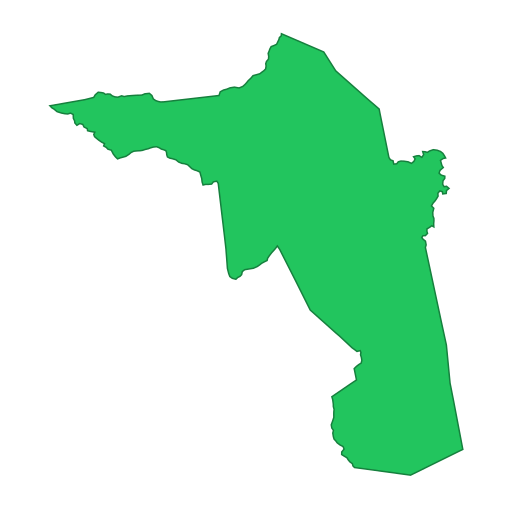 the district of Mundo Novo, Bahia, Brazil, rotated 269°
{"feature_id": "56859067B88529686936311", "entity_name": "Mundo Novo", "entity_type": "district", "adm_level": 2, "iso_a3": "BRA", "parent_name": "Brazil", "parent_adm1": "Bahia", "projection": "robinson", "projection_center": [-40.513, -11.871], "detail": "fine", "context": "isolated", "style": "filled", "palette": "green", "viewbox_px": 512, "rotation_deg": 269, "n_neighbors": 0, "source": "geoboundaries", "source_scale": "gbopen_adm2", "svg_char_len": 3766}
<svg xmlns="http://www.w3.org/2000/svg" viewBox="0 0 512 512"><g transform="rotate(269 256 256)"><path d="M420.8,223.1L417.1,221.8L411.7,166.1L411.7,163.1L412.3,160.7L413.1,158.5L414.8,156.1L418.3,154.7L420.5,152.2L420.1,147.7L418.9,144.7L418.8,142.2L418.8,139.3L418.6,135.1L418.3,130.2L417.7,127.0L418.5,124.4L417.2,120.7L417.6,117.7L418.6,115.1L420.4,113.0L420.6,110.5L420.2,108.3L421.6,106.5L422.1,104.2L422.5,101.1L420.0,98.1L417.4,96.5L415.3,87.6L409.8,52.6L407.7,54.5L406.4,56.6L403.8,59.6L402.3,64.1L401.6,67.3L401.3,70.3L402.1,73.0L400.7,75.7L396.8,75.8L394.3,77.0L392.2,77.2L389.8,79.2L391.5,82.1L390.6,85.1L388.0,86.3L386.3,89.5L384.2,89.8L383.4,92.7L382.6,97.0L380.3,95.9L378.1,96.7L376.6,98.4L374.5,100.9L372.5,103.7L371.0,106.5L368.7,105.6L367.2,108.2L365.4,109.8L364.3,113.2L360.4,115.1L357.6,117.2L355.5,119.3L356.4,121.7L357.1,124.5L357.9,127.6L359.9,130.8L361.6,132.8L362.9,135.6L363.2,139.0L363.3,142.0L363.6,144.3L364.5,147.2L365.1,150.1L365.9,152.2L366.7,155.2L367.0,158.5L365.9,161.2L364.6,163.1L363.9,165.4L362.9,167.7L360.9,168.4L358.9,168.5L356.6,169.2L355.3,171.6L354.8,173.9L353.6,177.6L351.3,180.3L349.9,183.6L349.5,186.2L348.5,189.2L346.3,191.5L344.5,193.3L343.1,196.0L342.4,198.3L340.9,201.4L337.6,202.2L334.4,203.1L331.0,203.4L327.9,204.3L328.5,207.0L328.4,209.4L328.7,212.9L330.9,214.7L331.5,218.1L329.3,219.5L276.8,224.8L263.4,226.1L261.2,226.2L253.1,226.7L244.1,227.2L238.9,228.4L235.9,229.5L234.1,231.9L233.1,235.5L234.9,237.4L235.9,239.6L237.6,241.3L240.6,242.0L242.5,244.4L243.2,249.1L243.8,253.2L245.5,257.2L247.2,259.7L248.6,261.5L250.1,264.4L251.3,267.0L253.6,267.6L256.1,269.4L259.0,271.7L261.2,273.8L263.2,275.6L265.7,277.5L262.2,279.8L259.3,281.2L245.3,288.0L230.7,295.1L201.0,309.3L177.3,334.9L174.7,337.9L162.5,350.5L160.8,352.8L158.8,355.3L159.6,358.5L157.7,359.2L155.4,358.8L152.7,359.6L149.8,360.0L147.1,359.3L145.6,356.8L143.9,354.5L141.7,352.2L130.3,354.3L126.5,348.4L114.0,329.4L111.0,330.2L106.7,330.7L104.1,330.7L101.3,331.4L98.8,331.1L96.3,331.0L93.3,331.0L89.8,329.8L85.9,328.3L82.7,328.8L80.3,330.4L77.6,329.7L74.0,330.2L71.5,330.9L69.8,332.5L67.8,333.9L65.6,336.7L64.0,339.7L61.4,340.7L58.6,338.3L56.0,338.2L54.6,340.3L52.7,343.4L50.5,344.7L48.5,346.3L46.7,348.7L44.4,349.3L42.8,350.8L34.2,406.7L57.4,455.9L59.0,459.4L109.4,450.7L114.9,449.7L120.6,448.7L125.5,447.8L163.6,444.8L188.7,439.8L261.6,425.5L264.1,426.3L267.9,425.7L269.9,423.3L271.6,422.1L273.4,423.3L273.4,425.7L275.6,427.9L277.7,427.3L280.1,427.4L281.9,430.5L283.2,432.3L282.0,434.3L285.1,434.2L288.0,434.5L290.6,434.5L292.9,433.6L296.6,433.5L300.6,434.6L303.0,432.3L305.7,433.9L308.0,436.0L310.1,437.5L312.7,439.1L315.5,438.9L317.9,440.9L317.0,443.5L314.8,443.8L315.2,447.3L318.1,447.6L320.2,450.2L322.4,447.7L322.0,445.3L324.4,443.9L328.0,444.3L330.3,446.1L332.5,446.2L333.6,442.7L335.6,440.5L338.3,441.4L339.8,443.1L341.2,444.8L343.1,443.5L345.4,442.9L348.4,442.1L350.2,444.8L350.7,447.3L353.0,446.1L355.4,444.6L357.3,442.3L358.6,439.0L359.2,435.1L358.0,431.4L356.6,429.1L357.3,426.9L357.5,424.5L354.4,425.4L351.7,423.5L353.5,420.8L353.3,418.2L352.5,415.3L350.3,416.8L347.8,415.5L345.9,413.0L347.5,409.8L348.2,405.7L348.4,402.5L347.7,399.9L345.7,398.3L345.5,395.3L348.8,394.7L349.8,392.1L352.2,390.6L397.2,382.3L400.8,381.7L403.5,378.7L410.9,370.4L437.3,341.6L439.8,338.9L458.8,327.3L477.8,285.3L475.7,285.1L474.0,283.2L472.1,282.7L470.1,281.7L467.3,280.3L466.1,277.6L465.1,274.8L462.6,273.4L460.6,272.7L458.4,271.7L455.3,272.2L452.6,271.9L450.4,269.9L448.1,269.1L445.8,269.4L442.9,268.9L441.1,267.1L439.6,264.9L438.2,263.1L437.3,259.8L436.4,256.2L433.7,253.8L431.6,251.4L429.4,249.6L427.7,248.0L425.8,245.8L424.3,242.0L425.2,237.4L424.6,233.0L423.3,229.7L422.5,226.4L420.8,223.1Z" fill="#22c55e" stroke="#15803d" stroke-width="1.5"/></g></svg>